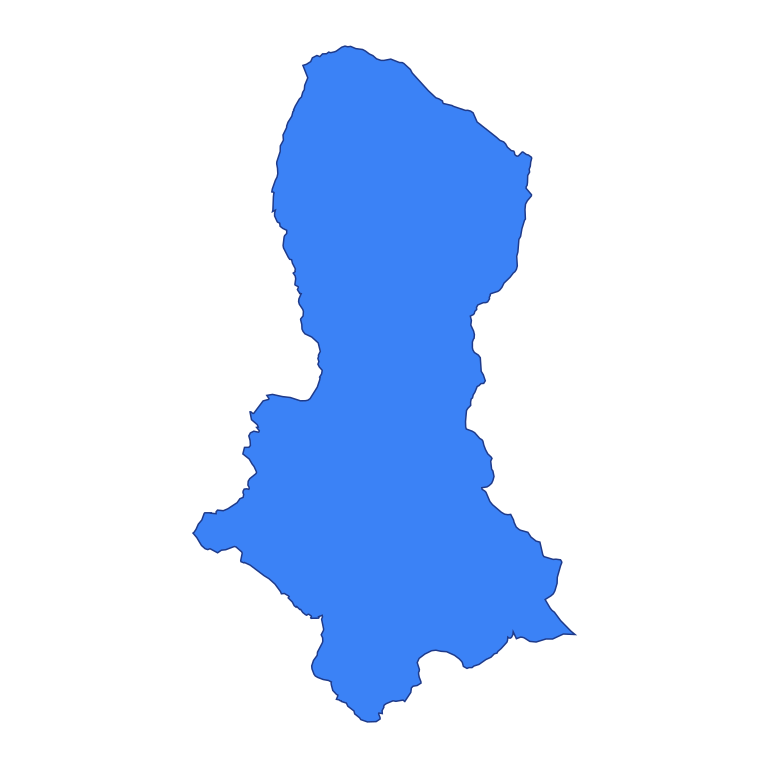 Criscior, Hunedoara, Romania (Equal Earth projection)
{"feature_id": "2599482B35707480830117", "entity_name": "Criscior", "entity_type": "district", "adm_level": 2, "iso_a3": "ROU", "parent_name": "Romania", "parent_adm1": "Hunedoara", "projection": "equal_earth", "projection_center": [22.863, 46.127], "detail": "fine", "context": "isolated", "style": "filled", "palette": "blue", "viewbox_px": 768, "rotation_deg": 0, "n_neighbors": 0, "source": "geoboundaries", "source_scale": "gbopen_adm2", "svg_char_len": 6093}
<svg xmlns="http://www.w3.org/2000/svg" viewBox="0 0 768 768"><path d="M575.0,634.5L571.0,631.2L560.6,620.6L554.4,612.2L552.1,610.5L550.2,608.2L545.1,599.5L551.0,595.8L553.3,593.8L554.9,590.8L557.1,583.3L557.3,577.3L560.6,565.6L561.8,562.6L561.6,561.5L560.5,559.8L556.0,559.2L553.1,559.4L543.9,556.6L542.8,554.8L539.9,542.1L536.1,541.1L530.9,537.0L527.9,532.3L520.4,530.2L518.7,529.2L516.2,527.0L514.1,522.4L513.5,519.9L510.7,514.4L507.9,514.7L504.7,514.2L501.4,512.3L492.5,504.7L489.9,501.5L486.0,492.3L484.9,491.1L482.1,489.3L481.8,487.7L487.0,486.9L489.1,485.6L491.6,483.3L492.9,480.5L494.0,476.5L492.9,471.0L491.6,469.2L490.7,461.1L492.0,458.4L491.1,457.0L487.8,453.9L485.5,449.6L483.8,445.1L482.9,441.1L481.9,439.7L479.7,438.4L474.7,432.7L472.2,431.2L466.3,429.0L465.7,427.0L465.5,421.6L466.5,410.5L467.8,408.4L470.7,405.4L470.6,402.0L471.2,399.0L472.5,397.9L473.2,394.9L474.9,392.2L477.2,386.5L479.0,385.6L481.0,383.6L483.7,383.4L485.3,380.8L483.3,374.8L481.2,371.3L480.3,357.7L478.4,355.1L474.4,352.5L472.9,350.0L472.4,347.8L472.4,342.0L473.4,339.2L474.1,338.3L474.4,334.6L473.6,331.1L470.8,325.1L471.4,320.5L470.3,316.1L473.5,314.5L474.3,313.4L474.8,311.4L476.7,309.5L476.5,307.3L477.9,304.9L483.2,302.7L485.9,302.6L487.6,301.9L489.5,298.8L489.3,297.2L490.2,295.6L490.2,294.3L491.0,293.6L497.8,291.4L499.6,290.2L501.9,287.4L504.0,283.1L510.1,277.2L513.2,273.1L515.0,271.6L516.4,269.4L517.3,265.9L516.7,256.3L517.9,251.9L518.9,239.4L520.6,236.4L521.9,228.8L524.5,220.3L525.4,219.1L525.0,209.6L525.5,204.2L527.3,200.8L531.4,195.9L531.5,194.7L526.1,188.3L526.2,186.7L527.1,185.3L527.5,182.4L527.7,175.5L529.6,172.1L529.2,169.2L530.3,166.2L530.7,162.1L531.7,158.2L531.4,157.2L528.4,155.0L526.4,154.5L522.9,152.0L522.2,152.0L518.4,155.9L517.0,156.2L515.5,155.3L514.7,154.3L514.4,152.3L513.7,151.1L511.3,150.6L507.4,147.2L505.6,143.9L503.7,141.9L499.8,140.3L496.5,137.3L477.1,122.0L473.1,112.8L470.6,111.1L467.8,110.3L465.4,110.4L453.6,106.4L452.0,105.5L443.4,103.5L442.7,102.4L442.5,101.0L439.0,98.9L435.9,97.8L428.3,90.7L412.2,73.0L410.4,69.5L403.9,63.5L402.3,62.6L399.4,62.5L390.8,59.1L384.0,60.4L381.0,60.4L376.5,58.8L372.9,55.6L369.4,54.0L365.4,51.0L362.6,49.5L355.8,48.6L350.6,46.4L347.8,46.8L345.0,46.1L341.7,47.2L336.3,51.1L334.6,51.8L330.7,52.7L328.7,52.1L326.6,53.7L322.5,53.9L319.9,56.6L316.9,55.5L312.4,57.8L310.7,61.6L306.4,64.3L302.9,65.4L307.8,77.8L304.7,85.3L304.3,89.7L302.7,92.3L301.5,96.9L299.3,99.1L295.3,106.0L293.6,109.8L293.9,110.2L293.6,111.0L293.0,111.4L291.8,116.2L288.0,122.2L286.7,125.9L286.6,127.6L283.0,135.0L283.4,140.2L280.3,145.9L280.2,151.5L276.8,161.9L276.7,163.9L277.5,168.2L277.8,173.7L277.0,177.2L275.4,180.2L272.3,189.0L271.8,191.9L273.6,192.2L274.1,192.9L273.8,193.3L273.4,196.7L272.9,210.1L272.5,211.6L275.4,210.1L274.6,213.0L274.6,216.0L277.0,221.3L277.5,222.1L279.7,223.2L280.1,226.3L282.8,228.4L286.7,230.3L286.7,233.5L284.7,235.5L284.1,237.0L283.1,245.5L283.5,247.9L288.3,257.3L289.7,259.3L291.6,259.7L292.4,263.2L295.4,269.0L295.0,270.3L295.2,271.6L293.2,273.1L295.2,276.0L295.7,278.8L294.9,284.3L295.1,285.0L298.2,286.7L298.3,287.7L297.4,289.6L298.9,292.1L299.6,292.6L299.6,293.5L301.2,293.7L298.9,298.9L298.6,301.6L299.3,304.2L302.8,309.5L303.4,311.4L303.1,315.9L300.7,318.9L300.6,319.6L301.8,324.5L302.0,329.0L303.0,331.3L304.9,333.8L311.7,337.0L318.2,342.9L320.3,351.4L318.4,355.2L318.6,356.3L317.9,358.5L318.9,361.6L317.9,364.2L319.4,367.1L322.2,370.3L321.6,373.9L319.6,377.1L320.1,377.5L319.6,380.2L317.3,387.1L310.1,398.6L307.9,400.2L305.6,400.7L300.4,400.8L290.3,397.5L282.5,396.6L272.5,394.4L266.8,395.4L269.0,398.6L268.6,399.4L263.1,400.9L253.7,413.4L252.6,413.3L250.8,411.8L250.0,411.9L251.5,419.7L257.3,424.7L258.3,427.1L256.6,427.4L259.3,430.7L259.0,431.8L258.4,432.2L253.8,431.2L250.4,432.9L248.8,435.9L250.1,440.6L250.4,445.5L248.9,447.3L244.5,447.4L243.1,452.9L242.9,454.0L249.2,459.0L252.1,464.0L254.1,466.6L256.4,471.7L256.5,472.7L255.9,473.7L249.8,478.6L248.2,481.2L247.9,485.1L249.1,487.3L249.2,488.5L248.8,489.3L246.8,488.8L244.2,489.1L243.1,491.1L243.0,492.8L243.7,494.4L243.1,497.4L239.9,498.7L237.1,502.7L227.6,508.9L223.3,510.7L217.5,510.1L216.1,511.8L216.1,513.7L210.8,513.2L211.0,512.8L204.8,512.8L204.2,513.4L201.8,520.0L198.3,524.2L196.1,529.2L194.1,532.2L193.0,533.1L196.8,537.6L201.5,545.5L205.1,548.7L207.8,549.6L210.0,548.7L217.6,552.8L221.4,550.2L225.8,549.7L234.3,546.5L236.0,546.9L241.7,551.9L242.2,553.2L240.7,560.6L241.0,561.7L244.0,562.9L244.5,562.5L250.1,565.1L264.1,575.7L269.0,578.7L275.0,584.1L280.5,591.6L281.4,593.8L284.4,593.5L288.5,595.9L289.1,596.6L288.2,597.9L292.3,602.0L294.2,605.7L296.1,607.2L296.7,606.5L299.8,609.5L300.6,609.4L302.8,612.5L305.4,614.6L306.6,615.2L308.1,614.3L308.9,614.3L311.2,616.0L311.4,616.8L310.7,617.8L311.1,618.3L318.4,618.2L319.0,617.7L318.5,616.7L322.2,615.3L322.5,617.0L321.6,619.2L323.6,629.0L323.5,630.3L321.2,634.8L322.6,637.7L322.8,641.3L322.3,642.9L317.5,652.1L317.2,655.3L313.5,660.4L311.7,665.9L312.0,668.9L314.0,674.2L315.3,676.0L317.7,677.4L323.1,679.5L328.6,680.5L331.4,682.0L331.1,682.9L331.3,684.7L332.8,690.5L336.6,694.5L337.8,695.0L337.7,696.2L336.4,699.3L339.1,699.9L340.3,700.8L341.2,700.8L341.5,701.5L346.4,703.1L347.8,706.2L354.0,711.0L354.7,713.9L359.6,717.8L360.8,719.6L367.4,721.9L376.2,721.6L380.1,719.0L380.0,717.4L378.6,713.8L378.9,713.0L382.3,713.6L382.1,710.6L383.9,707.2L383.7,706.5L384.2,705.1L386.3,703.6L393.0,700.8L395.9,701.3L403.0,700.1L404.8,701.5L410.8,692.4L411.4,687.9L413.1,686.2L417.2,685.5L421.0,683.1L420.9,681.7L419.2,677.2L418.6,674.1L418.6,672.2L419.2,671.2L419.4,669.5L417.2,662.6L419.1,658.4L424.9,654.0L431.6,650.7L435.9,650.2L441.1,651.3L446.6,651.7L454.5,655.3L459.3,658.9L461.1,660.8L462.3,662.4L463.4,666.4L467.0,668.4L469.0,667.6L472.0,667.6L474.0,666.0L479.0,664.4L486.0,659.5L491.0,657.2L494.3,653.8L497.0,653.1L497.8,651.5L501.2,648.5L506.9,642.2L507.5,640.4L507.8,637.1L508.9,638.0L510.4,638.1L511.5,637.3L512.9,634.7L513.2,631.8L516.4,638.7L520.6,637.1L522.4,637.3L524.1,637.8L529.8,641.4L536.2,642.0L545.9,639.0L552.6,639.0L563.4,634.0L575.0,634.5Z" fill="#3b82f6" stroke="#1e3a8a" stroke-width="1.5"/></svg>